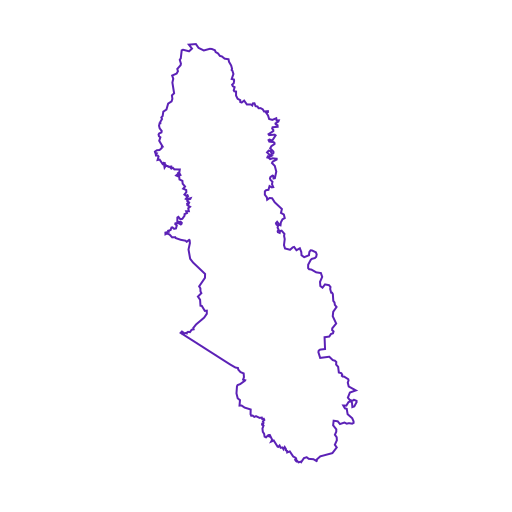 the district of Tchologo, Savanes, Ivory Coast, rotated 31°
{"feature_id": "98640826B18937667882346", "entity_name": "Tchologo", "entity_type": "district", "adm_level": 2, "iso_a3": "CIV", "parent_name": "Ivory Coast", "parent_adm1": "Savanes", "projection": "mercator", "projection_center": [-4.919, 9.548], "detail": "fine", "context": "isolated", "style": "outline", "palette": "violet", "viewbox_px": 512, "rotation_deg": 31, "n_neighbors": 0, "source": "geoboundaries", "source_scale": "gbopen_adm2", "svg_char_len": 6148}
<svg xmlns="http://www.w3.org/2000/svg" viewBox="0 0 512 512"><g transform="rotate(31 256 256)"><path d="M340.1,248.3L339.3,248.7L336.6,246.1L335.8,244.2L333.6,243.4L329.8,244.8L329.3,248.9L326.6,248.6L324.2,245.2L323.5,239.8L320.4,237.2L316.0,239.0L310.5,239.1L308.3,240.0L306.9,239.5L305.2,236.6L304.9,231.0L305.4,229.6L307.5,227.5L308.0,225.7L307.2,223.4L305.4,222.0L301.1,222.4L299.9,223.0L299.7,225.1L301.0,228.1L297.9,232.2L294.6,231.9L292.8,229.3L289.6,226.8L287.7,230.2L284.0,228.6L283.1,229.6L282.0,233.1L277.0,234.6L274.4,232.3L271.9,226.7L269.7,224.3L269.0,222.4L264.9,221.1L263.7,222.2L264.4,224.0L262.5,224.3L261.8,223.6L261.8,221.8L259.9,220.6L259.3,218.7L257.3,218.5L256.2,217.6L256.5,215.8L260.4,217.3L261.2,217.1L260.0,214.4L259.8,210.9L261.1,208.7L258.5,206.1L255.2,206.2L254.0,202.4L244.3,200.3L240.1,198.2L237.8,199.3L236.6,202.0L235.2,200.2L232.0,198.9L230.3,196.0L230.8,194.3L232.6,192.9L231.6,189.1L234.1,189.1L235.3,188.1L232.7,186.2L231.9,183.9L229.2,183.3L228.0,182.3L227.7,180.9L228.8,178.5L229.4,178.4L231.1,180.5L232.1,179.6L229.9,173.2L225.7,169.1L221.8,168.1L221.7,166.5L224.0,162.7L223.6,162.0L219.9,163.7L218.2,165.7L216.4,165.3L215.0,165.7L214.8,164.5L216.9,163.5L217.8,162.0L215.1,162.2L212.1,161.5L212.6,159.1L214.6,158.7L216.8,160.2L217.7,159.8L217.9,158.6L217.1,157.5L212.7,156.4L212.6,153.9L214.2,150.5L213.7,149.6L212.5,149.3L208.5,151.1L207.1,150.2L207.6,149.2L209.6,148.9L210.5,148.0L210.7,142.5L209.5,142.4L205.0,145.6L204.0,145.1L206.5,140.0L206.0,139.1L204.2,138.4L203.9,137.1L208.0,134.1L207.1,132.8L205.1,133.0L204.4,132.3L205.9,129.3L205.7,128.0L203.8,129.2L202.4,127.5L199.9,130.9L196.7,131.8L193.9,129.3L191.0,128.0L192.1,126.4L191.6,125.7L188.5,128.0L186.2,126.8L183.8,126.9L182.1,128.0L180.3,127.1L178.5,127.8L176.0,125.9L174.8,126.7L175.3,128.9L173.6,128.7L170.1,130.8L165.8,128.9L164.7,131.8L163.2,132.1L162.2,130.5L159.3,130.7L156.3,128.8L154.2,125.3L152.6,126.0L151.6,125.5L150.7,122.3L148.7,122.4L147.3,121.5L147.9,119.4L147.0,117.1L146.2,116.1L144.0,116.8L142.9,111.6L140.3,109.3L139.3,109.1L139.0,107.8L136.6,105.5L132.8,103.4L131.1,101.5L127.5,103.0L123.9,102.5L122.0,103.1L119.1,101.9L116.4,102.0L114.8,100.8L111.5,101.3L109.7,102.2L105.4,106.7L99.6,107.2L95.3,105.3L89.6,109.4L94.3,111.2L93.2,115.0L87.2,116.8L86.4,118.0L89.7,125.3L89.6,127.1L92.6,129.8L93.1,131.3L92.2,136.2L93.9,137.8L94.0,140.5L91.2,144.5L93.8,146.7L95.0,150.4L102.0,158.7L101.2,161.6L103.4,164.4L104.0,167.0L102.2,170.6L103.8,176.6L102.2,180.0L103.9,184.1L103.5,186.0L104.9,187.0L104.9,190.3L105.6,191.4L105.0,191.8L105.8,194.3L107.7,196.2L110.8,197.4L111.3,198.8L109.9,200.8L109.9,202.0L111.1,203.3L112.9,203.5L113.7,207.1L119.6,210.3L119.0,210.8L119.6,212.1L118.7,214.9L116.6,216.4L115.6,218.6L116.5,219.5L118.0,219.1L117.8,220.6L118.5,221.4L120.0,220.5L121.2,220.9L122.2,224.4L123.7,223.0L128.5,225.2L128.8,223.7L130.9,223.2L129.8,223.9L129.8,224.7L132.1,227.3L132.2,225.1L131.1,224.2L132.8,225.0L134.0,224.3L135.0,224.7L137.2,223.0L137.7,223.9L136.9,224.2L138.4,224.7L139.2,223.2L141.4,223.8L146.1,221.1L147.1,223.6L146.5,225.0L147.7,225.6L148.3,224.8L149.5,225.5L148.9,226.2L146.7,226.1L146.1,228.1L149.4,227.7L151.0,229.8L154.2,229.5L155.9,231.8L159.4,233.0L158.9,235.8L162.2,235.4L163.4,237.1L163.0,240.2L165.0,240.4L165.9,239.1L167.0,239.8L166.4,243.2L167.4,243.1L170.2,240.1L170.3,240.9L168.7,242.6L168.7,244.2L171.2,244.6L171.3,245.7L170.6,245.3L170.0,246.6L171.0,247.8L174.1,247.8L173.3,250.0L175.4,252.2L173.1,253.6L174.7,254.8L173.2,256.9L174.0,258.3L173.7,262.1L172.3,263.5L169.3,262.4L168.8,263.5L171.0,267.3L174.0,265.5L175.3,265.8L175.6,266.8L175.3,267.7L172.9,267.7L170.1,269.4L170.3,270.2L172.4,270.7L173.2,273.6L171.8,274.9L169.6,274.5L168.9,275.1L169.4,277.8L167.8,279.5L168.7,280.2L166.3,282.6L167.2,284.0L168.1,282.6L170.8,282.1L174.5,283.2L177.1,281.5L177.9,282.0L183.1,280.9L187.7,279.2L189.3,279.5L190.4,276.6L191.0,276.7L192.7,279.0L194.8,285.2L201.0,292.3L205.4,294.0L221.6,297.6L223.5,301.0L222.9,311.3L225.0,312.4L226.6,314.9L228.3,316.0L227.1,320.7L230.6,322.3L234.0,327.2L235.3,326.7L240.4,329.4L242.0,328.2L243.6,330.9L243.3,335.5L239.9,345.5L239.3,350.0L240.3,351.0L238.8,352.4L238.6,355.3L236.8,356.0L236.2,357.3L236.5,358.0L235.1,358.4L233.4,360.3L232.9,359.0L231.4,358.9L231.0,360.7L289.8,362.3L295.8,362.2L298.2,361.3L299.3,362.5L302.5,363.5L305.9,363.0L308.1,366.1L308.6,368.6L310.7,368.1L310.7,368.6L308.4,374.0L306.7,376.1L306.8,377.5L310.0,383.8L313.6,387.4L316.5,387.8L318.9,392.7L320.7,391.6L324.3,391.8L330.5,390.3L332.8,394.4L334.2,395.4L335.3,394.5L337.4,394.8L338.5,393.3L342.5,392.9L344.2,391.5L345.3,392.5L346.5,391.5L347.6,392.3L347.1,394.2L348.4,395.2L348.6,396.2L347.7,396.6L348.1,397.5L349.8,397.5L350.4,400.6L352.4,403.2L354.5,404.2L356.4,406.4L358.0,406.3L358.6,404.0L359.8,403.9L359.2,402.9L360.0,402.3L364.5,405.2L364.6,407.2L366.2,405.0L372.7,408.3L373.4,408.2L373.8,406.3L375.9,407.7L377.3,406.5L379.1,407.5L379.0,405.0L381.1,406.1L381.6,407.2L383.0,407.1L383.9,408.3L385.6,406.1L391.1,408.7L394.0,408.6L394.8,409.1L394.5,410.5L395.8,411.1L396.4,411.2L396.5,410.3L398.7,411.0L400.3,409.2L400.9,409.4L401.2,404.5L403.1,402.4L405.7,402.7L409.9,400.6L414.3,400.6L412.7,399.8L414.3,394.6L423.0,385.6L423.8,378.5L420.8,377.2L420.2,372.3L418.5,369.8L415.7,368.6L415.3,365.3L414.1,363.2L409.3,361.4L407.4,357.2L411.2,355.6L414.5,356.8L417.6,353.2L420.1,353.0L421.8,351.4L424.8,350.2L425.6,348.8L424.8,347.5L422.0,345.5L416.0,344.4L412.5,340.3L410.7,340.8L407.8,339.2L410.5,337.7L410.5,333.7L411.6,332.1L412.7,331.8L414.0,332.5L416.4,335.9L417.7,334.3L417.5,329.5L416.8,328.4L414.0,328.8L413.4,330.2L412.0,330.8L410.2,331.0L407.7,330.1L406.8,324.7L410.8,319.8L402.7,320.1L399.9,317.3L399.4,315.0L398.5,314.1L393.6,314.0L392.4,314.7L391.3,314.5L391.1,313.4L389.5,312.5L387.0,313.2L383.5,308.7L380.6,307.8L379.4,305.5L377.6,305.1L375.4,305.7L370.7,304.6L363.5,310.3L359.0,306.3L358.5,304.8L359.2,303.2L363.1,300.2L356.6,290.3L360.3,287.3L360.4,284.3L361.8,282.6L361.3,280.7L359.4,280.3L358.6,278.7L359.5,272.6L352.8,268.1L350.9,264.0L351.3,258.2L348.8,257.3L347.2,255.4L345.4,254.7L341.5,249.1L340.1,248.3Z" fill="none" stroke="#5b21b6" stroke-width="2"/></g></svg>